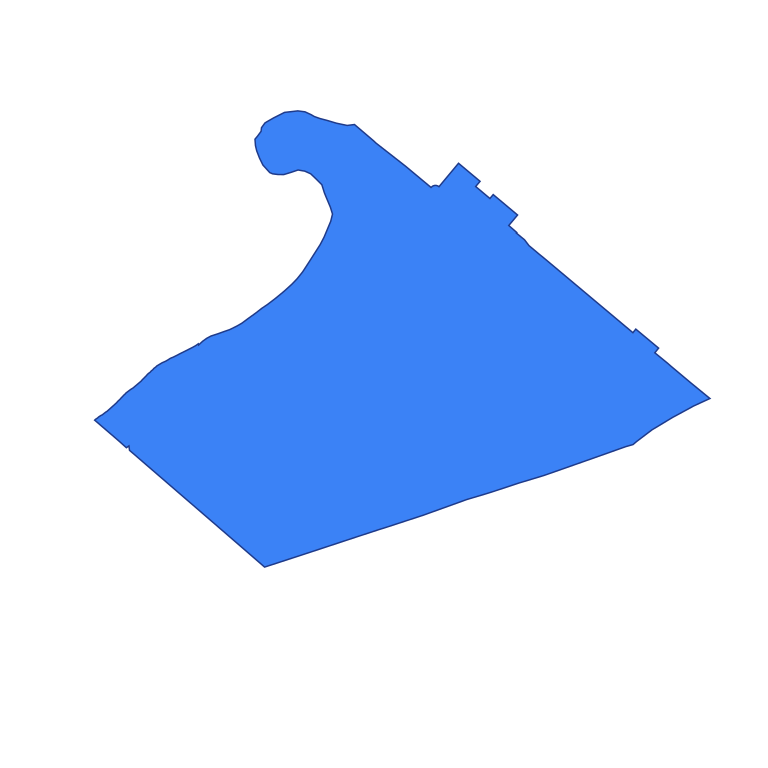 Peppermint Grove, Western Australia, Australia (Robinson projection), rotated 220°
{"feature_id": "25037944B88199537818715", "entity_name": "Peppermint Grove", "entity_type": "district", "adm_level": 2, "iso_a3": "AUS", "parent_name": "Australia", "parent_adm1": "Western Australia", "projection": "robinson", "projection_center": [115.77, -31.999], "detail": "fine", "context": "isolated", "style": "filled", "palette": "blue", "viewbox_px": 768, "rotation_deg": 220, "n_neighbors": 0, "source": "geoboundaries", "source_scale": "gbopen_adm2", "svg_char_len": 2307}
<svg xmlns="http://www.w3.org/2000/svg" viewBox="0 0 768 768"><g transform="rotate(220 384 384)"><path d="M357.8,167.0L342.0,192.3L339.3,196.6L306.0,250.4L294.3,269.2L291.2,274.0L269.3,309.2L266.0,314.9L246.4,348.6L235.0,365.9L232.3,370.1L217.1,394.7L202.7,416.7L186.1,444.7L182.3,451.1L158.3,491.8L158.0,492.2L154.3,497.7L153.5,502.4L150.8,514.3L149.2,521.3L141.3,544.3L140.2,547.0L133.5,564.0L132.8,565.9L125.0,582.4L149.3,582.1L160.5,582.1L173.0,582.1L176.3,582.1L180.0,582.2L196.6,582.0L196.7,588.0L226.4,587.9L226.3,583.3L268.9,583.3L272.2,583.3L275.9,583.3L343.2,583.3L348.1,583.2L361.9,583.2L365.9,584.1L369.0,584.8L379.6,584.7L379.6,585.4L390.3,585.6L390.3,599.3L422.1,599.3L422.1,594.2L440.7,594.2L440.7,601.0L468.8,601.0L468.7,570.5L469.8,570.4L470.9,570.0L471.4,569.8L471.9,569.5L472.4,569.1L472.8,568.7L473.5,567.7L473.8,567.2L474.1,566.1L474.3,564.8L507.6,564.7L544.9,563.4L548.1,563.6L573.4,563.8L578.4,558.4L588.1,553.2L596.9,549.4L603.7,546.2L609.3,544.1L612.9,543.5L619.5,541.7L625.6,537.8L634.8,528.1L639.6,516.9L642.4,509.3L642.6,508.6L643.0,507.5L642.6,501.6L640.6,498.6L640.2,492.7L640.2,488.6L635.7,484.0L631.4,480.8L624.7,477.1L617.5,473.9L607.4,472.5L604.4,473.4L599.9,476.3L595.4,480.0L591.1,486.6L587.4,492.7L582.9,495.3L582.5,495.6L581.6,496.1L575.3,497.9L567.6,497.4L559.7,496.7L552.5,492.1L549.1,490.3L538.8,485.0L532.7,481.1L529.4,474.4L524.3,458.0L522.5,449.8L519.7,428.3L518.4,417.6L518.2,408.9L518.7,401.4L520.1,391.1L521.9,381.3L522.6,377.9L524.4,369.9L526.3,363.3L527.9,355.8L530.1,347.1L532.0,339.1L534.0,333.7L537.2,326.4L540.4,321.1L543.4,315.9L547.4,309.5L549.2,305.0L550.4,300.2L551.1,294.7L552.1,295.4L552.9,292.4L554.1,289.2L554.7,287.8L560.1,275.3L560.8,273.5L562.8,268.9L563.7,267.3L564.4,265.7L564.9,263.9L566.0,260.9L567.6,257.7L569.6,252.0L569.8,250.0L570.3,248.1L570.3,246.1L570.7,244.5L570.7,242.7L571.2,240.8L571.4,239.3L571.4,237.4L571.6,235.3L571.7,233.8L571.9,232.0L571.9,230.1L573.7,219.6L574.6,216.9L575.9,211.2L575.9,209.6L576.2,208.0L576.2,206.4L576.4,204.8L576.4,202.7L576.8,199.6L576.8,197.7L578.6,185.0L579.1,183.6L580.0,179.3L580.7,177.7L581.4,175.4L581.6,173.8L582.3,171.5L582.4,170.3L555.7,170.0L549.4,169.9L540.4,169.6L539.6,172.6L536.3,169.6L428.8,168.1L375.4,167.3L357.8,167.0Z" fill="#3b82f6" stroke="#1e3a8a" stroke-width="1.5"/></g></svg>